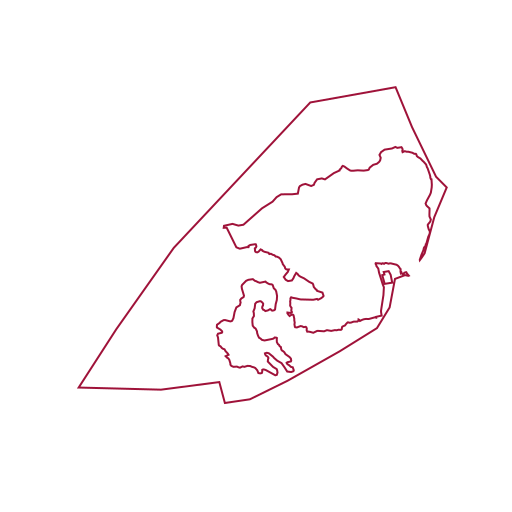 the district of Zemam Out, Al Fayyum, Egypt, rotated 348°
{"feature_id": "37247803B45128523411897", "entity_name": "Zemam Out", "entity_type": "district", "adm_level": 2, "iso_a3": "EGY", "parent_name": "Egypt", "parent_adm1": "Al Fayyum", "projection": "orthographic", "projection_center": [30.662, 29.347], "detail": "fine", "context": "isolated", "style": "outline", "palette": "rose", "viewbox_px": 512, "rotation_deg": 348, "n_neighbors": 0, "source": "geoboundaries", "source_scale": "gbopen_adm2", "svg_char_len": 6119}
<svg xmlns="http://www.w3.org/2000/svg" viewBox="0 0 512 512"><g transform="rotate(348 256 256)"><path d="M401.4,307.0L400.4,305.2L399.8,304.0L399.8,303.4L399.5,303.0L397.6,303.2L396.9,303.9L395.7,304.2L395.1,303.6L394.9,302.4L394.1,302.9L394.1,301.4L394.7,299.0L394.5,298.9L393.6,296.4L392.9,295.1L391.7,293.8L386.5,291.3L385.5,291.0L384.1,291.1L382.1,290.0L381.0,289.7L379.6,290.3L378.7,289.5L377.9,289.4L377.2,289.9L376.2,289.2L371.6,287.9L371.4,288.2L371.4,288.9L371.8,290.1L371.7,290.9L373.0,293.7L372.9,297.8L374.1,310.4L374.6,313.1L372.5,320.8L367.0,335.3L366.7,336.6L366.5,340.4L360.8,340.5L360.7,341.3L359.4,340.7L353.2,341.1L350.4,340.4L348.4,340.3L346.6,340.5L344.1,341.2L343.8,340.9L343.8,340.0L343.1,339.4L342.7,340.6L341.6,341.2L337.8,340.5L335.0,340.9L333.5,340.7L332.2,340.0L331.8,340.0L330.0,341.2L328.7,342.4L325.9,343.0L325.4,343.4L324.6,345.5L323.7,345.9L321.4,345.3L319.4,345.4L317.7,344.9L314.0,344.9L310.0,343.3L306.9,343.8L301.0,342.1L300.2,342.0L296.1,343.0L293.2,341.5L291.4,340.8L290.4,340.7L290.1,339.2L290.6,337.4L290.4,336.2L289.9,335.6L287.8,335.5L286.5,334.4L285.0,333.8L281.1,334.4L279.5,333.8L279.3,333.4L279.4,330.8L280.0,329.3L280.1,326.6L280.4,325.6L280.4,321.8L280.1,321.2L279.3,320.9L277.9,321.0L276.4,321.7L275.5,320.2L274.8,318.5L275.0,317.8L277.9,318.9L279.2,318.7L279.5,318.3L279.1,317.0L280.0,314.1L279.3,312.6L279.1,311.6L279.8,309.0L279.9,307.7L280.7,305.7L280.8,304.8L281.2,304.2L281.7,303.7L282.1,303.8L282.9,304.4L286.6,305.9L290.4,307.7L302.9,310.7L306.8,310.7L307.6,311.7L310.7,310.9L312.7,310.0L313.6,309.3L313.8,309.1L313.4,305.6L308.5,302.8L308.2,301.5L307.6,301.2L306.1,298.3L306.0,295.7L305.7,294.7L302.7,292.4L298.3,287.8L295.1,285.4L293.6,283.8L293.0,282.3L291.8,280.9L289.3,283.6L287.9,285.6L286.0,287.4L282.1,287.2L280.1,285.4L278.8,282.3L281.3,280.1L283.8,278.2L285.3,276.0L283.3,275.6L282.7,275.2L282.0,274.2L281.9,272.5L280.5,269.5L280.5,268.6L279.5,264.3L278.1,262.3L276.2,260.9L275.1,260.6L274.2,259.1L272.9,258.5L271.0,256.9L269.5,256.9L269.3,256.7L269.0,255.5L265.1,253.6L263.4,252.3L263.3,251.6L261.9,250.5L259.4,252.3L258.1,252.7L256.9,252.3L256.2,251.5L256.1,250.6L256.4,249.7L256.3,248.7L256.5,248.2L257.7,247.7L258.4,246.6L258.3,244.6L257.7,244.3L252.7,244.0L250.8,244.6L250.7,245.5L250.5,245.8L248.9,245.4L242.3,245.5L241.5,245.4L238.6,243.4L233.2,222.2L230.3,221.7L231.0,219.8L239.7,219.7L245.1,222.6L250.2,222.8L271.8,210.6L283.5,206.3L288.4,202.7L293.5,200.9L304.0,203.1L309.9,203.7L312.3,198.0L313.4,196.8L316.3,195.9L319.4,195.8L324.5,199.0L327.4,198.4L328.6,196.5L331.7,193.7L336.5,193.8L339.4,195.4L349.4,191.1L355.6,189.7L355.8,188.9L357.6,187.9L358.6,186.5L359.6,185.9L361.1,186.9L363.1,189.2L365.7,191.8L366.8,192.4L368.7,192.8L373.2,193.3L379.1,194.9L383.3,195.2L384.3,194.9L385.6,193.2L388.8,191.6L389.6,191.2L393.5,190.9L396.1,189.5L397.3,188.3L398.4,185.9L397.8,182.8L399.9,180.4L403.9,178.7L411.4,179.1L415.0,178.3L416.7,179.6L420.9,179.8L421.5,181.3L421.5,182.8L420.9,183.6L421.0,184.9L423.3,184.4L425.2,185.4L426.5,185.6L430.4,187.5L432.0,188.9L433.6,189.3L433.9,189.8L434.1,191.7L435.0,192.9L437.1,194.8L438.9,197.8L439.5,198.5L441.4,201.9L441.7,204.8L442.1,205.8L442.9,212.4L443.0,214.6L442.8,215.7L443.1,217.3L443.6,217.5L442.8,222.9L442.1,225.5L440.2,230.4L438.9,232.3L434.8,237.1L432.8,239.9L433.1,241.7L433.6,242.7L435.6,245.5L435.3,247.1L434.2,251.7L433.9,253.5L434.6,256.6L433.7,258.5L430.6,261.0L430.4,261.5L430.3,262.8L430.5,265.7L431.2,268.4L430.3,270.6L428.5,273.0L425.1,279.5L424.5,279.8L424.4,280.4L423.3,282.0L422.4,282.4L421.8,283.2L420.9,285.2L418.1,289.2L415.4,293.8L415.4,294.1L418.1,291.7L421.5,288.4L438.5,255.0L456.8,228.6L448.6,215.9L435.4,162.3L427.6,119.9L341.0,117.1L177.3,230.9L104.2,298.5L55.2,347.8L135.3,367.0L193.9,371.7L195.0,393.3L220.2,394.9L260.9,384.6L318.1,366.6L359.3,351.7L376.0,334.1L387.2,307.3L397.8,305.7L400.9,307.1L401.4,307.0ZM254.2,283.0L260.0,283.0L260.4,283.8L262.3,285.6L263.4,286.4L265.5,287.0L266.3,287.9L266.7,291.3L268.0,293.1L268.4,295.0L268.3,299.5L267.2,303.4L265.3,307.1L263.5,312.3L262.6,312.8L260.9,312.9L260.0,312.5L259.4,311.4L258.8,310.9L256.3,311.7L253.7,311.8L252.8,310.6L251.8,310.0L251.2,308.1L251.8,306.5L252.5,306.0L253.1,304.2L252.6,302.9L251.3,301.3L250.4,301.0L247.0,301.3L245.3,302.5L243.8,306.9L241.9,309.7L242.0,311.4L241.5,314.3L239.5,316.4L238.7,319.9L238.3,323.5L239.5,326.0L240.3,326.5L240.7,327.4L241.3,330.0L241.1,331.6L241.4,334.2L242.0,336.6L243.2,337.6L244.4,339.3L246.8,340.4L254.5,340.5L256.0,340.4L257.3,339.6L258.7,340.0L259.4,340.6L259.0,341.7L258.5,344.5L259.1,346.7L260.0,347.7L260.4,349.2L261.4,350.2L261.3,352.8L261.8,353.9L262.7,354.7L263.7,356.0L264.4,358.1L267.8,361.8L268.8,363.6L268.7,365.7L268.2,366.4L264.6,366.4L263.7,366.9L264.2,368.3L265.5,369.5L267.2,371.8L268.8,372.5L269.2,375.6L268.6,376.5L266.3,376.8L262.5,375.5L260.7,370.7L258.7,366.1L255.0,362.8L252.5,359.5L251.7,358.0L248.3,353.8L246.4,352.9L244.5,353.1L244.5,354.0L244.9,355.3L246.2,356.5L246.9,357.7L246.9,358.5L246.3,359.4L245.6,361.7L249.6,368.0L252.7,370.9L252.9,372.2L252.8,374.5L251.6,376.6L250.1,376.7L241.9,369.6L240.3,368.7L239.4,368.4L238.4,368.7L238.0,370.6L237.3,371.7L235.7,371.7L234.0,371.0L233.5,368.1L232.0,365.4L230.7,364.4L229.2,363.7L227.4,362.4L224.8,361.7L221.6,362.0L219.9,361.2L217.1,361.9L215.7,361.2L214.3,360.2L210.9,359.7L209.2,358.5L208.6,357.7L208.4,356.7L208.6,355.7L208.3,352.0L207.6,350.3L206.7,349.6L205.5,347.7L208.6,346.9L208.1,345.5L206.4,342.7L205.8,340.7L204.3,339.8L203.4,338.8L202.6,337.1L201.3,335.9L201.1,335.3L201.9,327.9L201.6,325.5L202.7,324.1L206.6,324.0L207.1,323.5L207.2,322.9L207.2,322.6L205.9,320.6L202.9,317.8L203.1,316.5L203.6,315.1L206.3,314.0L207.7,313.0L211.0,312.0L212.4,312.2L216.8,314.4L217.7,314.7L219.2,314.4L221.0,312.1L223.4,306.4L226.1,302.2L230.0,300.8L231.3,298.2L231.2,297.3L231.4,295.7L232.8,294.5L235.3,293.6L236.0,292.3L235.4,285.1L235.6,282.6L236.4,281.4L241.2,278.2L243.6,277.7L248.1,278.0L249.7,280.0L251.1,280.8L252.2,281.8L254.2,283.0ZM383.8,302.4L383.7,310.4L376.1,310.0L375.5,301.0L377.8,300.8L377.6,298.2L382.6,298.4L383.8,302.4Z" fill="none" stroke="#9f1239" stroke-width="2"/></g></svg>